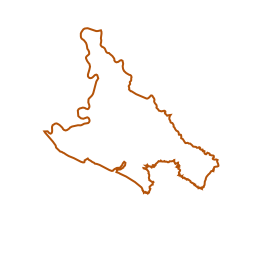 Francisco Pizarro (Salahonda), Nariño, Colombia, rotated 308°
{"feature_id": "7082276B21872376500424", "entity_name": "Francisco Pizarro (Salahonda)", "entity_type": "district", "adm_level": 2, "iso_a3": "COL", "parent_name": "Colombia", "parent_adm1": "Nariño", "projection": "orthographic", "projection_center": [-78.58, 2.086], "detail": "fine", "context": "isolated", "style": "outline", "palette": "amber", "viewbox_px": 256, "rotation_deg": 308, "n_neighbors": 0, "source": "geoboundaries", "source_scale": "gbopen_adm2", "svg_char_len": 5907}
<svg xmlns="http://www.w3.org/2000/svg" viewBox="0 0 256 256"><g transform="rotate(308 128 128)"><path d="M164.5,153.5L163.3,152.3L161.8,151.3L162.0,150.7L162.2,148.4L162.6,147.7L163.2,147.5L163.7,147.6L164.1,147.1L164.1,146.4L163.9,145.9L161.7,144.1L160.7,141.6L161.2,140.4L161.5,137.9L162.8,137.3L163.7,136.1L164.1,134.0L164.7,132.7L165.3,132.0L166.4,131.6L167.2,130.6L167.8,128.9L167.9,128.2L168.3,127.6L168.3,126.8L167.8,126.1L164.7,125.8L163.3,125.3L162.6,124.4L159.7,113.6L159.1,108.0L158.7,107.5L158.9,105.5L159.2,104.9L160.2,104.5L161.4,102.8L164.0,102.6L165.2,101.2L165.6,101.1L167.1,101.3L167.6,101.1L169.5,99.7L170.1,99.6L170.8,98.8L171.1,98.2L171.1,97.1L170.6,96.0L170.2,92.6L170.5,89.7L171.5,87.8L172.3,86.9L173.6,85.6L174.7,85.2L175.9,84.4L177.6,82.3L177.3,80.9L176.3,80.2L174.1,79.6L172.7,78.5L172.5,77.8L172.4,77.0L172.8,75.7L174.0,74.7L174.3,74.1L175.1,71.4L175.2,67.7L175.4,67.0L174.5,65.5L174.5,64.4L174.7,63.7L176.2,61.1L176.4,60.3L176.4,58.9L176.0,57.6L176.2,56.2L176.6,55.3L177.1,54.9L179.2,53.9L180.7,52.9L182.0,51.4L186.1,49.0L187.5,47.8L188.3,46.5L185.9,44.6L184.8,43.3L182.1,35.6L181.8,34.8L180.6,33.5L179.6,32.6L178.2,32.1L175.4,32.2L173.5,32.6L171.3,34.3L170.4,35.3L169.9,36.5L170.0,39.3L169.2,42.5L168.0,44.4L165.4,47.2L164.9,48.9L164.0,50.5L162.5,51.8L161.5,51.8L159.1,51.3L157.8,51.4L157.0,52.1L155.7,54.5L155.0,56.7L154.7,58.2L153.0,60.3L150.3,61.6L145.5,63.5L144.1,64.6L143.7,65.8L143.7,66.9L144.3,67.9L145.2,68.6L146.6,69.0L149.2,69.3L150.5,70.1L150.7,71.2L148.8,74.0L145.2,74.4L134.5,79.0L132.9,79.5L131.1,79.6L126.9,79.1L126.0,79.4L123.7,81.0L122.1,83.5L120.9,84.6L119.0,85.0L118.1,84.7L117.3,82.8L117.2,81.6L116.3,79.9L113.6,77.9L112.4,77.5L110.9,77.7L106.8,81.5L106.7,82.7L106.7,85.0L107.8,87.1L111.3,89.3L111.5,89.8L111.5,91.1L110.8,92.4L110.1,93.2L109.3,93.6L108.4,93.7L107.3,93.5L104.5,90.9L101.7,89.6L100.9,89.0L99.4,86.9L94.7,83.0L92.5,82.0L91.6,82.1L89.0,81.3L87.7,80.4L87.1,78.9L87.2,77.4L87.8,76.1L88.2,72.7L88.1,71.0L87.7,69.0L86.6,67.9L83.8,66.9L82.0,67.5L79.2,69.9L78.1,70.6L76.8,70.9L75.9,70.5L75.5,69.1L75.9,66.7L73.8,64.2L73.3,65.6L71.0,77.2L69.7,81.7L68.3,83.4L67.7,89.0L68.4,90.6L68.5,92.0L68.8,92.8L69.0,95.7L69.4,98.6L70.9,103.8L72.4,111.7L73.2,113.8L74.0,114.6L74.5,114.6L75.8,113.8L79.2,115.1L78.8,116.5L79.2,118.8L79.2,120.6L79.7,122.7L79.5,123.8L80.5,125.6L81.4,128.3L83.4,139.2L84.1,141.5L84.9,142.4L86.2,142.4L87.6,142.8L89.7,143.8L91.7,146.1L95.1,146.2L97.2,145.7L99.0,145.8L99.0,147.4L96.9,148.6L96.1,148.7L95.1,148.4L94.3,148.5L94.0,148.7L90.8,147.6L89.3,146.1L89.1,144.6L88.8,144.4L88.4,144.5L87.8,145.5L86.1,146.1L86.9,148.3L87.0,149.5L88.6,156.5L89.7,166.8L89.5,175.2L88.9,176.6L87.9,177.7L88.0,178.5L87.3,179.0L87.5,180.0L86.8,180.5L88.0,181.0L88.1,181.8L88.5,181.7L88.5,182.0L88.0,182.3L88.2,182.7L88.7,182.6L89.2,183.1L88.8,183.9L89.6,183.9L89.6,184.2L90.1,184.3L91.4,183.6L92.9,183.4L93.9,183.0L93.8,182.3L94.9,181.2L97.4,181.6L98.2,181.8L98.6,182.3L99.0,182.1L99.8,181.3L101.0,181.4L101.1,180.9L100.4,180.5L100.3,180.2L100.1,176.9L100.6,176.7L100.7,176.2L101.7,175.0L103.1,174.4L104.2,173.5L104.7,172.7L104.8,172.1L105.9,171.5L106.2,171.1L106.7,169.4L106.8,167.9L105.8,165.2L106.0,164.9L106.9,166.5L108.2,167.3L108.6,167.2L108.9,166.7L109.2,165.8L109.2,165.2L109.5,165.6L109.9,165.6L110.1,167.0L110.7,166.6L110.5,167.4L111.5,169.5L111.4,170.5L111.9,170.4L111.9,171.0L113.3,170.9L113.1,171.8L113.2,172.4L113.7,172.5L114.2,172.1L114.5,171.0L114.9,171.5L115.3,172.6L115.9,172.6L116.7,172.0L119.1,172.5L120.7,172.5L121.3,173.8L122.5,173.9L122.4,175.2L123.2,176.4L124.4,177.1L124.2,177.9L125.3,179.2L125.5,180.4L126.2,181.2L127.4,181.3L128.5,182.8L130.4,184.3L130.9,184.0L131.2,184.2L130.2,184.9L129.6,185.7L129.3,187.1L128.2,187.3L129.6,187.7L130.3,188.7L130.7,188.8L131.1,188.5L131.5,188.8L130.5,189.5L130.0,190.5L129.0,190.4L130.0,191.1L129.7,191.5L129.3,191.2L129.6,191.7L129.2,191.8L129.0,192.2L128.7,192.0L129.0,191.6L128.5,191.3L128.6,191.0L128.3,191.0L128.2,190.8L128.0,191.2L127.4,191.1L127.8,192.4L126.9,192.8L127.1,194.0L126.9,195.0L125.6,195.5L124.4,195.4L123.6,196.2L123.6,196.8L123.4,197.0L123.0,196.9L122.9,197.2L122.8,196.9L122.4,196.9L122.7,197.2L122.4,197.6L122.8,197.6L123.0,198.7L122.8,199.8L122.6,199.7L122.5,200.0L123.1,200.2L122.8,200.3L122.9,201.4L122.6,201.8L123.0,201.9L123.0,202.6L123.4,202.9L123.2,203.4L123.5,203.5L123.6,204.1L123.4,206.0L123.9,206.2L124.0,206.5L124.3,206.3L124.5,206.7L124.6,209.8L123.9,210.7L124.2,211.6L124.1,212.2L124.5,212.7L124.4,213.8L124.6,214.2L124.2,214.4L124.1,214.7L124.5,215.2L124.1,215.6L124.6,216.0L124.1,216.4L124.1,218.8L124.5,219.0L124.3,219.2L124.5,219.8L124.1,220.3L124.6,220.5L124.4,221.0L125.0,221.2L125.2,222.1L125.6,222.3L125.2,222.6L125.4,223.4L125.6,223.1L126.0,223.1L126.0,223.4L126.3,223.2L126.9,223.5L127.0,223.1L127.7,223.8L128.1,223.6L128.3,223.9L129.5,223.4L130.2,223.4L133.1,221.5L135.4,220.9L136.1,220.4L138.0,219.9L141.0,220.0L142.4,220.3L145.3,220.2L146.0,220.8L146.5,221.8L147.6,220.8L147.9,221.3L149.5,220.3L150.4,220.1L151.5,220.9L152.6,222.1L153.6,222.6L154.2,222.3L155.1,221.2L156.4,218.9L157.1,218.4L157.9,218.3L157.7,217.2L156.2,215.4L155.8,214.2L155.9,213.8L156.3,213.5L158.0,213.6L158.8,212.7L158.7,211.9L158.1,211.1L157.2,209.0L157.8,208.5L158.0,207.8L157.4,205.8L155.5,205.8L155.2,205.4L155.0,204.6L155.4,203.5L156.8,202.5L156.6,202.0L155.8,201.3L155.9,201.0L156.6,200.5L156.9,200.0L156.7,199.7L156.0,199.2L155.7,197.9L155.9,197.4L156.7,197.1L156.9,196.3L156.6,195.8L155.8,195.6L154.8,194.3L155.0,193.7L154.9,193.1L153.5,190.8L153.9,188.8L154.0,186.6L153.2,185.6L153.1,184.2L151.7,182.9L151.5,182.5L152.1,180.5L153.0,178.1L152.7,176.2L154.4,175.0L155.2,173.9L155.1,173.5L154.1,172.4L154.4,171.8L155.3,171.1L156.0,169.7L155.7,167.5L156.4,165.3L157.0,164.4L157.1,163.1L158.3,162.2L158.7,161.4L159.2,159.9L158.7,158.7L158.7,158.1L159.9,156.5L160.3,155.3L161.3,154.4L163.1,153.6L164.5,153.5Z" fill="none" stroke="#b45309" stroke-width="2"/></g></svg>